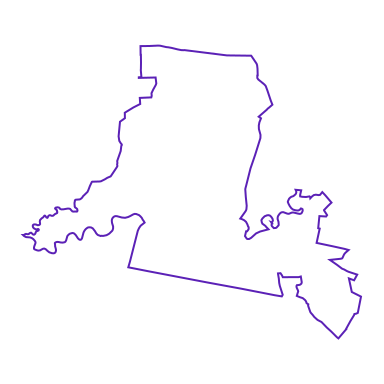 Chichis, Covasna, Romania (orthographic projection)
{"feature_id": "2599482B66417374459727", "entity_name": "Chichis", "entity_type": "district", "adm_level": 2, "iso_a3": "ROU", "parent_name": "Romania", "parent_adm1": "Covasna", "projection": "orthographic", "projection_center": [25.8, 45.769], "detail": "fine", "context": "isolated", "style": "outline", "palette": "violet", "viewbox_px": 384, "rotation_deg": 0, "n_neighbors": 0, "source": "geoboundaries", "source_scale": "gbopen_adm2", "svg_char_len": 5880}
<svg xmlns="http://www.w3.org/2000/svg" viewBox="0 0 384 384"><path d="M357.8,312.9L361.0,296.6L351.8,292.0L348.9,278.4L354.1,280.3L357.2,274.6L348.6,271.8L346.8,271.0L344.2,269.5L342.1,268.7L337.1,264.9L329.9,259.9L340.4,258.8L341.9,258.5L342.5,257.9L343.9,254.8L344.5,253.8L345.5,252.7L348.6,250.0L344.6,248.9L332.8,246.3L316.6,242.9L319.7,228.6L318.2,228.2L319.4,216.1L326.1,216.5L327.1,215.1L324.1,210.5L324.0,210.1L328.1,205.8L331.5,202.6L325.3,195.3L322.3,192.1L320.0,194.9L318.6,195.1L315.8,194.7L313.8,195.1L312.2,196.3L310.3,198.3L310.1,196.9L309.5,196.4L306.0,197.0L302.2,196.8L300.2,196.4L300.1,195.1L301.2,190.3L295.6,189.8L296.2,191.2L296.3,192.4L296.0,193.4L295.5,194.3L293.4,196.1L291.3,196.8L290.2,197.6L289.1,198.7L288.0,201.1L287.8,201.9L288.5,203.7L289.7,206.0L291.3,208.2L293.1,209.6L295.6,210.3L297.3,210.5L298.6,210.4L300.0,209.6L300.8,208.5L301.6,208.6L302.5,209.2L302.7,210.2L302.5,211.3L302.0,212.4L301.5,213.2L300.7,213.7L299.8,213.9L298.0,213.6L293.5,212.5L292.2,212.5L291.0,212.9L289.2,213.7L288.3,213.8L287.2,213.6L283.4,212.2L282.1,212.2L280.8,212.7L279.7,213.7L278.4,215.5L278.0,216.2L277.7,217.2L277.6,219.0L278.5,221.9L278.7,224.6L278.6,225.3L276.4,227.7L275.5,228.0L273.8,228.1L272.0,226.2L271.6,225.3L271.7,223.8L272.2,223.6L271.2,222.2L271.7,222.4L272.1,222.3L272.8,220.8L272.9,220.4L272.5,218.7L271.3,216.9L270.1,215.7L268.8,215.2L267.1,215.3L264.6,216.3L262.4,218.5L261.4,220.2L261.8,222.3L262.4,223.7L265.4,225.9L266.0,226.7L268.5,229.3L260.2,231.5L256.1,233.4L251.2,237.8L249.1,239.0L247.6,239.0L246.8,238.7L245.0,236.1L246.1,231.3L247.1,231.3L248.5,229.4L248.7,228.2L248.6,227.1L248.1,226.5L247.4,224.4L246.0,221.8L244.1,220.2L242.1,219.2L240.3,218.6L245.5,211.3L246.1,210.2L246.4,209.2L246.7,205.8L245.8,196.9L245.3,189.7L245.3,189.0L245.6,187.7L246.2,185.5L250.5,168.4L255.1,155.0L260.4,138.1L260.5,134.9L258.9,129.0L258.8,125.5L259.4,122.3L261.0,118.3L258.7,116.7L267.0,109.5L267.6,108.7L268.7,107.9L272.4,104.7L270.8,100.7L267.4,90.5L265.8,86.2L265.4,85.6L264.3,84.4L258.3,79.5L257.3,78.0L257.3,75.5L257.7,75.4L257.5,68.6L257.1,65.2L256.6,63.7L251.2,55.7L226.9,55.4L184.4,50.1L183.4,50.2L181.3,50.1L177.7,49.4L171.6,47.9L168.3,47.3L166.3,47.1L160.1,45.7L158.0,45.6L149.4,46.0L140.5,46.1L140.6,54.8L140.9,54.8L141.0,62.8L140.9,69.0L140.8,70.0L141.4,77.1L138.8,77.3L138.8,77.9L155.6,77.5L156.3,83.5L155.7,85.1L153.2,89.6L151.5,93.2L151.7,95.9L151.3,97.4L139.8,97.9L140.2,104.0L133.5,107.4L124.8,112.7L124.9,118.2L120.0,121.7L118.6,136.3L119.3,140.9L121.0,143.6L121.7,144.3L121.8,144.7L121.7,145.3L121.3,145.9L120.7,151.0L117.2,161.0L117.4,163.1L117.1,164.3L117.4,166.0L116.8,167.2L111.2,175.6L110.6,176.4L107.3,177.8L104.9,179.3L100.9,181.3L99.3,181.5L92.2,181.7L91.8,182.0L89.9,186.0L88.5,189.7L87.5,191.9L83.7,195.6L83.2,196.0L82.5,197.1L81.7,198.1L80.4,199.1L79.7,199.4L75.9,199.7L75.5,199.8L75.1,200.2L74.9,200.4L74.8,201.8L74.6,202.1L74.5,203.2L74.6,205.2L74.8,206.2L74.7,206.6L75.1,207.4L76.4,208.3L77.2,209.1L77.5,210.6L77.2,211.4L76.8,211.6L75.6,211.5L73.5,211.6L72.4,211.4L71.5,210.5L70.1,208.9L69.0,208.6L67.5,208.6L63.5,209.3L61.5,209.4L60.2,209.0L59.7,208.2L59.0,207.6L57.6,207.3L55.8,207.6L55.5,207.8L55.1,208.3L55.2,208.6L55.6,209.2L56.7,210.0L57.0,210.7L57.1,211.9L57.3,212.1L57.1,213.0L56.3,213.5L55.9,213.6L54.8,214.2L53.3,215.6L52.6,215.8L51.7,215.8L50.1,215.2L49.7,215.2L48.8,215.6L48.2,216.2L47.7,217.5L47.4,217.8L46.6,217.6L46.4,217.4L45.2,215.8L44.8,215.6L44.3,215.8L43.2,217.3L41.6,218.4L40.1,220.0L39.8,221.3L40.1,224.0L39.8,224.5L39.5,224.8L38.7,225.1L37.7,225.2L35.9,224.5L34.1,224.4L33.4,224.7L32.9,225.2L32.8,225.6L32.8,226.4L33.1,227.4L33.9,228.3L36.0,229.5L38.0,229.0L38.4,229.1L38.8,229.6L38.7,230.1L38.5,230.5L36.4,231.4L35.8,232.1L35.3,233.6L35.0,234.0L34.2,234.6L33.8,234.7L32.9,234.4L32.3,233.7L31.0,232.7L30.0,233.0L29.1,233.6L28.7,234.1L27.3,234.2L26.0,233.9L25.1,234.2L24.6,234.5L24.5,234.8L23.9,235.0L23.0,235.0L23.9,235.9L24.7,236.4L26.1,237.1L30.0,237.4L31.7,238.0L33.3,239.1L34.8,240.8L35.5,242.1L35.5,242.9L35.3,243.6L34.3,246.2L34.0,247.5L34.0,248.5L34.1,248.9L34.5,249.3L36.7,250.2L38.2,250.6L39.1,250.5L40.3,250.3L41.2,249.7L42.9,248.8L43.8,248.6L44.4,248.6L45.7,249.2L47.6,251.0L49.3,252.3L52.0,253.2L53.8,253.3L54.7,253.0L55.3,252.4L55.7,251.8L56.0,250.5L55.9,249.2L55.1,246.2L55.1,245.0L54.9,243.7L54.9,243.0L55.1,242.7L56.3,242.1L57.3,241.9L58.5,242.0L60.9,242.5L62.8,242.6L64.7,242.2L65.3,241.8L66.1,240.5L67.3,236.2L67.8,235.5L69.0,234.3L69.9,233.7L72.3,233.0L73.2,233.1L74.2,233.5L75.8,235.1L77.9,238.3L78.8,239.2L79.6,239.7L80.6,239.8L81.3,239.4L82.0,238.3L83.5,232.6L84.0,231.5L84.8,230.2L85.8,229.0L87.5,227.7L88.3,227.4L89.9,227.3L91.2,227.5L92.8,228.4L95.0,231.2L96.2,233.3L97.3,234.5L97.9,235.0L100.7,236.0L101.2,235.8L103.2,235.9L106.5,235.2L108.0,234.4L109.3,233.6L112.2,230.8L112.7,229.9L113.1,228.4L113.1,227.5L113.1,226.4L112.1,223.2L111.9,222.0L111.8,220.6L111.9,219.7L112.3,218.5L113.0,217.5L113.9,216.7L114.7,216.3L115.5,216.1L117.0,216.2L121.8,217.5L125.1,217.8L128.2,217.0L130.5,215.9L133.2,214.4L134.6,213.9L136.2,214.0L139.0,215.1L140.4,216.3L141.8,217.9L142.7,219.7L143.7,221.0L144.6,222.6L140.9,225.5L140.3,226.2L139.0,228.2L137.8,230.8L129.9,261.8L128.3,267.3L148.1,271.2L207.5,282.5L241.3,288.7L274.6,295.2L281.8,296.4L282.7,294.8L279.8,285.8L279.2,282.9L278.8,278.4L278.1,274.4L278.0,273.4L280.5,273.2L282.0,275.4L282.8,277.2L298.8,277.1L300.8,276.5L301.7,281.9L301.7,282.7L301.3,283.7L300.4,284.5L299.4,284.9L296.9,285.2L296.5,286.0L296.5,286.8L296.7,287.7L297.9,290.3L298.2,291.3L296.8,295.9L299.9,297.2L302.7,298.1L305.0,300.0L305.7,300.9L306.1,301.6L306.6,303.2L308.3,304.3L308.1,305.3L308.3,306.3L310.3,312.0L310.8,312.8L312.6,314.8L314.3,317.0L317.5,319.9L321.5,322.0L326.8,327.5L331.1,331.4L336.9,337.2L338.4,338.4L346.3,329.1L346.1,328.9L350.4,321.1L354.0,315.2L354.4,314.0L356.1,313.7L357.8,312.9Z" fill="none" stroke="#5b21b6" stroke-width="2"/></svg>